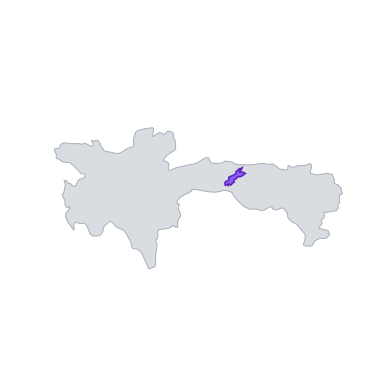 Nhommalath, Khammouan, Laos shown in context, rotated 313°
{"feature_id": "54806243B45246983413139", "entity_name": "Nhommalath", "entity_type": "district", "adm_level": 2, "iso_a3": "LAO", "parent_name": "Laos", "parent_adm1": "Khammouan", "projection": "mercator", "projection_center": [105.307, 17.543], "detail": "fine", "context": "in_parent", "style": "filled", "palette": "violet", "viewbox_px": 384, "rotation_deg": 313, "n_neighbors": 0, "source": "geoboundaries", "source_scale": "gbopen_adm2", "svg_char_len": 6448}
<svg xmlns="http://www.w3.org/2000/svg" viewBox="0 0 384 384"><g transform="rotate(313 192 192)"><path d="M141.5,65.7L143.1,68.6L150.5,76.6L151.8,78.8L154.6,80.4L156.9,87.5L157.8,87.9L159.1,87.4L160.0,86.4L160.8,83.7L161.3,83.4L162.1,85.7L164.2,86.3L165.1,87.3L165.4,89.0L165.1,90.8L163.3,94.8L162.3,100.2L169.6,111.7L172.6,113.3L179.9,115.1L184.8,117.7L187.1,117.1L189.3,114.2L191.9,112.6L196.8,110.2L198.3,110.0L201.0,111.0L205.4,113.9L212.1,119.2L211.9,120.7L210.7,122.1L207.1,124.2L205.9,125.5L206.6,126.0L209.6,126.4L213.1,127.6L214.2,129.0L214.8,132.2L215.4,132.8L218.7,132.4L219.7,132.9L220.9,133.9L222.1,136.5L222.0,138.5L218.8,142.0L218.4,144.1L216.7,146.6L212.2,150.7L211.0,151.0L202.8,148.7L196.3,149.0L195.7,149.9L196.8,152.4L197.1,154.9L196.1,156.8L192.4,159.2L192.2,160.3L193.0,161.4L198.5,163.6L215.9,175.6L223.9,177.8L227.4,179.3L228.3,180.2L228.3,181.2L227.4,182.5L226.6,184.9L226.6,186.3L227.4,187.6L228.8,189.6L233.7,194.2L237.3,195.2L241.0,200.4L242.1,204.9L244.0,207.8L253.0,217.6L260.6,223.5L265.1,230.0L267.3,231.4L268.0,233.8L268.6,240.6L271.2,243.9L271.7,245.3L272.9,246.3L274.1,246.5L276.8,244.3L277.3,244.6L278.5,248.2L279.6,249.5L283.6,251.7L287.9,256.0L290.1,257.5L293.0,258.8L293.4,260.1L292.9,261.5L292.0,262.4L287.0,264.9L286.4,266.0L289.6,271.5L297.8,278.2L300.4,282.3L299.8,284.2L297.6,288.2L295.9,289.3L295.4,290.5L296.7,293.7L296.6,298.7L295.0,299.9L293.5,302.9L292.5,303.1L290.0,302.0L284.8,307.2L282.5,307.0L279.8,309.9L276.4,310.3L274.1,308.1L269.1,304.6L267.3,302.4L265.7,304.3L263.1,306.1L259.3,305.5L258.3,308.1L257.6,308.6L253.1,309.0L252.2,309.4L253.0,311.8L255.6,315.8L256.4,318.1L254.8,321.9L250.1,321.8L248.0,320.3L245.4,317.1L239.4,315.0L235.4,316.4L234.2,316.4L231.2,313.7L230.0,311.9L229.4,309.3L233.9,307.2L236.3,305.6L237.8,303.9L238.4,302.1L239.1,294.6L239.8,291.9L239.4,288.7L238.2,286.1L238.2,282.3L238.9,279.1L240.6,277.6L241.8,275.3L242.5,270.3L242.0,269.0L240.3,267.8L237.4,266.6L235.6,265.1L234.8,263.4L234.9,261.8L235.8,260.4L233.6,258.9L228.4,257.3L225.5,255.3L224.8,252.9L222.7,249.9L218.9,246.1L216.9,240.6L216.7,233.5L217.2,227.7L218.8,221.0L216.6,216.2L214.2,213.6L210.8,211.7L207.6,209.0L204.6,205.5L201.0,200.3L196.7,193.3L193.9,190.2L192.4,191.0L189.4,190.3L184.7,188.3L180.6,187.2L177.1,187.1L174.9,187.5L173.8,188.6L173.7,189.6L174.6,190.7L174.1,191.5L172.3,192.0L170.8,193.2L169.2,195.7L168.1,199.0L166.3,200.3L163.7,200.6L161.0,201.5L158.5,203.2L157.2,204.4L157.4,205.2L156.8,205.4L155.6,204.9L155.0,203.8L155.0,202.1L153.7,201.0L151.0,200.4L147.9,198.5L142.1,193.7L140.7,193.5L138.8,194.8L136.3,197.4L134.2,198.5L132.6,197.9L131.3,198.9L130.5,201.3L128.8,203.2L121.0,208.4L113.9,215.0L112.1,215.6L107.8,213.8L106.4,212.5L112.3,198.9L113.2,195.6L113.0,191.2L110.5,187.6L110.4,186.5L110.8,185.4L113.8,181.2L117.3,170.3L117.1,166.9L115.6,163.1L114.7,159.6L115.4,154.8L115.2,152.9L113.5,151.9L108.1,151.0L105.0,151.7L103.5,153.1L101.7,153.9L98.3,154.3L95.1,152.7L92.4,149.9L91.7,146.5L95.1,139.2L95.9,136.3L95.8,135.0L95.2,133.6L94.4,133.4L92.7,131.7L91.0,128.6L89.4,127.2L87.9,127.5L86.6,128.7L84.3,131.5L83.6,131.2L85.6,121.0L87.5,116.7L89.7,114.6L92.0,113.8L94.5,114.1L96.5,113.7L98.2,112.7L98.1,112.1L96.1,111.9L95.3,110.8L95.7,108.6L96.6,107.2L97.9,106.5L99.3,104.3L100.5,100.6L102.1,98.7L103.9,98.7L107.0,97.1L111.4,93.9L113.0,90.8L114.7,92.2L114.1,95.8L115.0,96.5L115.4,97.8L115.1,99.8L115.5,101.5L116.2,102.3L117.2,102.7L121.8,101.2L124.7,101.1L129.3,103.7L132.1,101.8L132.1,101.1L129.8,98.6L130.5,89.7L130.2,82.8L126.4,77.8L125.6,75.7L125.2,72.4L124.1,69.6L126.9,67.3L128.4,63.1L130.3,62.1L130.9,62.2L133.3,65.4L136.2,63.8L138.5,63.8L140.4,64.6L141.5,65.7Z" fill="#d9dde1" stroke="#a8b0b8" stroke-width="1"/><path d="M244.0,212.1L243.4,211.9L242.9,211.8L242.4,211.6L242.2,211.6L241.9,211.7L241.6,211.5L241.5,211.4L241.4,211.4L241.4,211.5L241.2,211.6L241.2,211.4L241.1,211.5L240.9,211.5L240.8,211.4L240.7,211.4L240.7,211.2L240.4,211.2L240.2,211.0L240.2,210.9L240.1,211.0L240.0,210.9L239.9,210.9L239.8,211.0L239.7,211.0L239.6,210.9L239.4,210.7L239.2,210.6L238.8,210.5L238.5,210.4L238.0,210.3L237.7,210.3L237.5,210.2L237.4,210.3L237.1,210.3L236.9,210.4L236.0,210.9L235.6,211.1L235.2,211.3L234.9,211.4L234.7,211.4L234.4,211.4L234.2,211.4L233.5,211.2L233.0,211.0L232.5,210.7L232.4,210.6L231.8,210.4L231.7,210.4L231.3,210.3L231.2,210.2L230.9,210.0L230.3,209.7L229.6,209.4L229.1,209.2L228.8,209.1L228.6,209.1L228.4,209.0L228.1,209.0L227.9,209.1L227.6,209.1L227.4,209.3L227.2,209.4L227.1,209.6L226.9,209.6L226.8,209.8L226.7,209.9L226.6,210.0L226.5,210.3L226.4,210.3L226.2,210.5L225.7,210.6L225.4,210.6L225.2,210.6L224.7,210.3L224.3,210.1L224.1,210.0L223.8,210.0L223.6,209.9L223.4,209.9L223.2,209.8L223.1,209.7L222.9,209.6L222.6,209.5L222.4,209.5L222.2,209.5L221.9,209.6L221.7,209.7L221.4,209.8L221.2,209.8L221.0,210.0L220.8,210.1L220.6,210.3L220.3,210.7L220.0,211.1L219.9,211.3L219.8,211.6L219.7,211.7L219.7,211.8L219.7,212.0L219.8,212.2L219.9,212.3L220.0,212.4L220.1,212.5L220.3,212.5L220.9,212.6L221.5,212.6L221.9,212.7L222.0,212.7L222.1,212.8L222.1,213.0L222.0,213.3L221.5,214.1L221.4,214.2L221.4,214.3L221.5,214.3L221.5,214.2L221.9,214.0L222.3,213.7L222.5,213.6L222.8,213.5L223.0,213.6L223.2,213.9L223.4,214.7L223.4,215.1L223.5,215.3L223.5,215.6L223.9,215.7L224.1,215.7L224.3,215.8L224.5,215.8L224.9,215.7L225.0,215.6L225.4,215.7L225.6,215.6L225.8,215.6L226.0,215.5L226.4,215.7L226.8,215.8L227.6,216.0L227.8,216.2L228.0,216.2L228.2,215.6L228.3,215.4L228.5,215.1L228.6,214.9L229.0,214.8L229.4,214.6L229.6,214.6L230.0,214.6L230.4,214.7L230.8,214.8L231.2,215.1L231.4,215.2L231.7,215.1L231.9,215.2L232.2,215.3L232.3,215.3L232.6,215.2L232.8,215.1L233.0,215.0L233.4,215.0L233.6,215.0L233.8,215.1L234.0,215.2L234.3,215.3L234.7,215.5L235.1,215.8L235.4,216.0L235.5,216.1L235.8,216.5L236.0,216.6L236.1,216.8L236.4,217.0L236.6,217.1L236.8,217.2L237.0,217.3L237.3,217.4L237.5,217.5L237.8,217.6L238.0,217.6L238.3,217.7L238.5,217.7L238.8,217.7L239.0,217.7L239.2,217.8L239.6,218.0L239.8,218.1L240.1,218.1L240.3,218.1L240.8,218.2L241.0,218.2L241.3,218.2L241.6,218.3L241.9,218.4L241.8,218.1L241.8,217.8L241.7,217.3L241.7,217.1L241.6,216.8L241.6,216.7L241.4,216.0L241.3,215.8L241.2,215.6L241.1,215.4L240.9,215.2L240.7,214.9L240.4,214.6L240.2,214.4L239.8,214.1L239.1,213.4L239.0,213.2L239.2,212.9L239.3,212.9L239.9,212.9L240.9,212.8L241.8,212.8L242.0,212.8L242.3,212.8L242.5,212.7L242.8,212.6L243.0,212.5L243.5,212.3L244.0,212.1Z" fill="#8b5cf6" stroke="#5b21b6" stroke-width="1.5"/></g></svg>